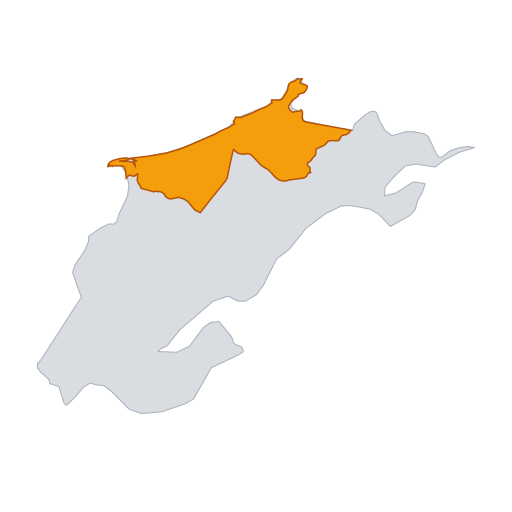 location of Limón within Costa Rica, rotated 281°
{"feature_id": "CRI-1329", "entity_name": "Limón", "entity_type": "Province", "adm_level": 1, "iso_a3": "CRI", "parent_name": "Costa Rica", "parent_adm1": "", "projection": "robinson", "projection_center": [-83.398, 10.004], "detail": "fine", "context": "in_parent", "style": "filled", "palette": "amber", "viewbox_px": 512, "rotation_deg": 281, "n_neighbors": 0, "source": "natural_earth", "source_scale": "10m", "svg_char_len": 5344}
<svg xmlns="http://www.w3.org/2000/svg" viewBox="0 0 512 512"><g transform="rotate(281 256 256)"><path d="M438.7,262.6L438.1,264.9L436.2,267.3L433.5,269.8L429.9,271.4L421.2,266.4L412.7,260.8L408.0,263.4L406.3,270.7L403.1,274.5L399.2,276.0L397.6,278.5L397.2,303.4L397.5,326.9L404.0,327.4L414.7,335.6L419.3,340.4L420.8,344.8L419.5,347.0L411.6,352.1L403.9,358.6L400.1,366.7L406.8,379.7L408.2,388.6L408.0,397.9L406.2,402.3L391.3,413.0L388.0,416.7L388.5,419.4L396.7,426.8L400.6,433.9L403.8,442.5L404.2,450.0L396.8,436.1L386.5,423.0L377.5,414.8L376.8,395.9L373.2,385.6L359.7,376.1L348.2,369.5L339.6,370.8L344.8,381.7L358.4,395.7L359.3,401.1L359.1,408.3L349.8,407.1L341.5,404.2L331.5,403.3L324.8,399.0L310.7,382.3L320.7,368.1L323.8,358.7L323.6,339.4L321.3,330.0L310.4,315.7L293.0,300.0L268.7,287.2L257.2,276.8L228.8,268.9L218.0,263.7L209.5,253.9L208.2,246.9L211.3,236.2L203.4,222.5L169.5,195.6L150.6,185.7L146.5,179.9L143.5,178.1L146.4,196.6L154.7,207.8L176.3,218.3L182.2,224.3L184.6,232.3L172.1,247.4L165.7,251.2L163.8,259.5L159.7,262.0L155.3,257.2L137.8,233.5L103.9,222.1L97.7,215.1L85.2,193.5L79.4,173.7L81.5,160.5L95.5,139.9L99.9,130.9L99.0,125.4L99.5,117.3L94.3,111.7L81.4,104.3L73.2,98.3L75.4,95.4L90.2,87.4L91.2,80.3L91.1,77.9L93.5,77.4L95.7,75.5L97.0,73.5L101.1,66.6L104.6,62.7L108.6,62.0L113.6,64.9L132.2,72.4L152.9,80.6L182.3,92.4L194.6,84.9L205.1,79.1L212.4,79.9L228.2,86.6L237.8,88.8L243.6,88.1L253.7,97.9L259.3,105.3L260.2,110.3L263.3,112.9L271.1,113.5L290.5,118.5L302.3,117.5L313.0,112.2L318.9,105.9L320.8,95.9L323.5,100.8L326.7,108.6L328.1,118.6L341.9,152.0L353.0,170.8L377.3,204.8L387.9,211.1L405.6,238.5L411.7,243.0L415.2,251.1L433.6,257.7L438.7,262.6Z" fill="#d9dde1" stroke="#a8b0b8" stroke-width="1"/><path d="M421.6,267.0L420.6,266.6L416.0,262.2L409.7,259.4L407.7,259.7L405.6,261.6L404.4,263.6L404.2,264.7L405.5,267.4L406.3,270.8L406.7,271.5L407.5,271.7L408.0,272.1L407.8,273.1L406.2,274.2L400.3,275.1L398.3,275.9L397.4,277.6L397.1,280.0L397.2,290.3L397.4,305.2L397.6,325.6L396.5,324.6L396.2,324.3L394.4,323.7L392.5,321.6L392.0,320.7L391.3,318.5L390.7,317.5L390.3,317.2L389.6,316.8L385.8,315.6L385.5,315.4L385.2,315.1L384.9,314.4L384.7,314.0L383.5,307.3L383.1,306.1L382.9,305.5L382.7,305.3L382.5,305.1L382.3,304.9L378.4,302.4L377.9,302.0L377.1,301.2L372.9,295.0L372.4,294.8L371.7,294.7L369.3,294.9L367.8,295.2L367.4,295.2L366.8,295.1L366.1,294.8L364.4,293.9L363.3,293.1L362.8,292.8L360.8,292.0L360.2,291.7L359.7,291.4L357.7,289.4L357.2,289.1L356.7,288.8L356.3,288.8L355.9,288.9L355.1,289.3L354.6,289.6L354.4,289.9L353.1,291.9L352.9,292.2L352.4,292.3L350.4,292.6L349.8,292.7L349.4,292.9L349.0,293.4L348.8,293.6L348.5,293.7L348.3,293.8L348.1,293.6L347.8,292.7L347.7,292.3L347.6,291.9L347.2,291.6L346.9,291.3L344.0,290.4L342.7,289.3L342.3,288.9L341.4,287.4L337.7,276.2L337.3,274.9L336.6,273.2L336.4,272.9L336.0,272.5L335.8,272.1L335.2,270.4L335.0,268.9L334.7,267.7L335.1,263.9L336.6,260.4L342.9,251.9L345.4,244.8L346.3,243.3L349.6,238.8L354.2,232.2L355.0,230.1L354.7,227.8L353.4,223.4L353.3,220.7L353.6,218.5L354.5,216.5L355.8,214.2L356.1,213.8L353.9,213.3L342.3,213.0L326.5,212.8L323.7,211.7L313.0,206.0L306.4,202.5L301.6,200.0L287.9,193.0L289.4,187.4L290.1,186.3L291.1,185.2L296.2,179.0L296.6,178.4L297.9,175.2L298.2,174.3L298.3,173.7L298.3,173.3L298.4,171.8L298.7,170.0L298.8,169.1L298.8,168.5L298.7,168.3L298.3,167.8L298.0,167.3L297.8,166.6L297.5,165.3L296.0,162.3L295.9,161.8L295.7,160.0L295.7,159.2L295.8,158.7L296.2,157.8L296.5,157.3L297.4,155.4L297.6,155.1L297.8,155.0L298.1,154.9L298.4,154.8L298.7,154.7L298.9,154.5L299.3,154.0L300.3,152.3L300.9,149.7L300.9,149.1L300.9,148.7L300.5,147.5L300.4,147.1L300.4,146.7L300.5,145.7L300.5,145.3L300.4,144.9L300.3,144.6L300.2,144.4L299.8,143.9L299.6,143.7L299.5,143.4L299.5,142.6L300.1,137.3L300.1,136.1L300.2,132.3L300.4,131.2L300.6,130.5L300.7,130.2L301.1,129.9L302.1,129.2L303.1,128.6L303.6,128.2L304.7,126.9L306.5,125.5L307.6,125.1L308.3,124.9L311.5,124.6L312.6,124.3L313.0,124.3L313.4,124.3L313.9,124.5L314.0,124.4L314.0,124.2L313.8,123.8L313.5,123.4L313.1,123.0L312.2,122.4L311.8,122.0L311.4,121.6L311.0,121.1L311.0,120.7L310.9,120.1L311.2,117.6L311.2,117.1L311.2,116.7L310.9,116.1L310.4,115.6L309.9,115.0L309.6,114.8L309.4,114.6L309.0,114.4L307.8,114.0L307.5,113.8L314.6,111.8L318.5,109.6L318.8,106.2L317.8,101.8L317.7,99.1L316.6,98.4L317.0,96.8L316.8,96.0L316.5,95.9L315.7,93.7L314.8,93.5L315.9,93.3L316.4,93.6L316.8,93.6L317.4,93.9L317.4,94.1L317.1,94.4L317.1,94.8L317.6,94.7L318.1,94.2L318.2,93.6L318.7,93.8L320.5,94.8L322.7,97.7L325.5,103.4L327.5,109.6L327.2,113.5L325.6,111.3L322.8,103.3L324.6,113.2L324.4,117.3L321.3,120.3L322.9,119.9L324.1,119.1L325.1,118.0L326.6,117.0L326.1,117.6L325.9,118.4L326.1,119.3L326.6,120.3L327.0,118.8L327.4,116.0L328.1,114.4L333.3,130.9L340.0,148.5L347.8,163.2L368.7,193.9L370.4,195.3L377.3,204.9L381.6,209.7L384.2,208.1L385.2,208.8L388.1,209.4L388.7,210.3L388.8,212.6L389.1,214.6L389.9,216.3L391.4,218.0L396.5,226.5L398.1,227.8L404.4,237.3L409.2,242.4L412.0,241.4L412.6,243.4L413.2,248.4L414.2,250.7L415.9,252.1L423.2,255.0L425.8,255.3L428.4,255.2L430.8,255.4L432.9,256.7L435.7,261.4L437.5,262.6L438.8,267.4L438.0,267.4L436.3,266.4L434.6,266.1L433.8,267.5L433.4,272.2L432.7,273.8L431.2,274.1L429.2,273.7L427.3,273.0L426.2,272.5L425.0,271.0L423.6,268.0L422.5,266.6L421.6,267.0Z" fill="#f59e0b" stroke="#b45309" stroke-width="1.5"/></g></svg>